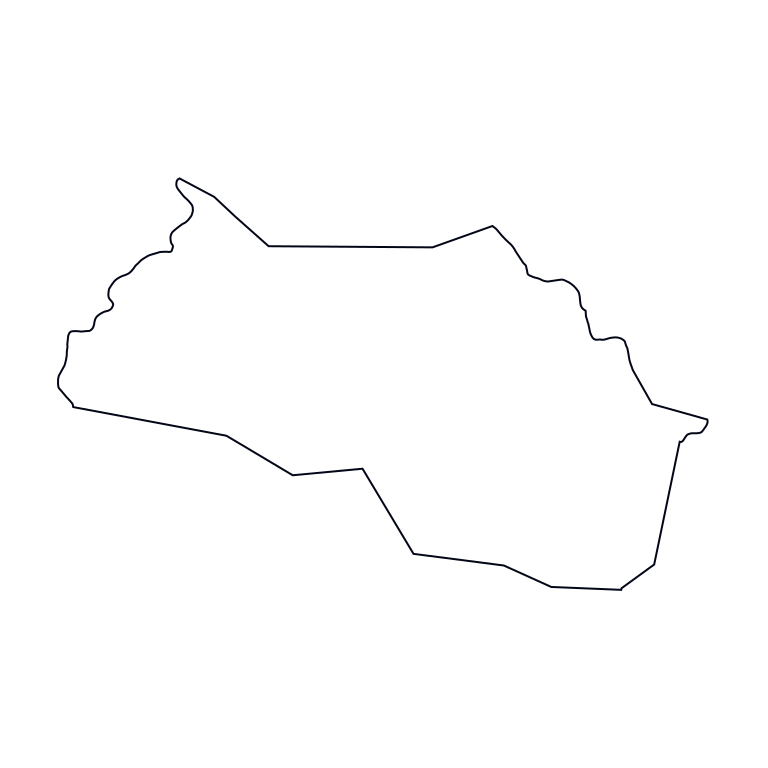 Ilama, Santa Bárbara, Honduras (orthographic projection), rotated 4°
{"feature_id": "27666195B62278865875513", "entity_name": "Ilama", "entity_type": "district", "adm_level": 2, "iso_a3": "HND", "parent_name": "Honduras", "parent_adm1": "Santa Bárbara", "projection": "orthographic", "projection_center": [-88.165, 15.052], "detail": "fine", "context": "isolated", "style": "outline", "palette": "ink", "viewbox_px": 768, "rotation_deg": 4, "n_neighbors": 0, "source": "geoboundaries", "source_scale": "gbopen_adm2", "svg_char_len": 6068}
<svg xmlns="http://www.w3.org/2000/svg" viewBox="0 0 768 768"><g transform="rotate(4 384 384)"><path d="M481.2,218.8L422.9,244.3L259.3,254.6L223.6,227.1L201.6,209.2L165.7,193.2L164.6,194.0L164.2,194.3L163.8,194.7L163.6,195.1L163.4,195.4L163.2,195.8L163.1,196.3L163.0,196.9L162.9,197.7L162.9,198.6L162.9,199.4L163.0,200.1L163.1,200.6L163.3,201.2L163.6,201.9L163.8,202.4L164.3,203.1L164.8,203.8L165.3,204.4L167.7,207.1L170.5,210.1L171.1,210.7L171.9,211.4L172.3,211.8L173.5,212.7L174.2,213.2L175.7,214.5L177.2,215.9L178.1,216.9L178.9,217.7L179.6,218.5L180.0,219.1L180.4,219.7L180.5,220.2L180.8,221.0L181.0,221.9L181.1,222.9L181.2,223.7L181.2,224.6L181.1,225.8L180.8,227.1L180.7,227.6L180.5,228.5L180.3,229.0L180.1,229.4L179.9,230.0L179.5,230.6L179.0,231.4L177.9,233.1L176.9,234.4L175.7,235.7L174.9,236.5L174.5,236.8L174.1,237.1L173.5,237.5L172.6,238.0L172.0,238.3L171.5,238.7L170.7,239.4L168.7,241.1L166.0,243.5L164.7,244.8L163.6,245.9L162.7,246.8L162.4,247.2L162.1,247.7L161.9,248.0L161.6,248.6L161.3,249.3L161.1,250.2L160.9,250.9L160.8,251.5L160.8,252.3L160.8,253.2L160.9,254.2L161.0,254.9L161.2,255.8L161.4,256.8L161.6,257.3L161.8,258.0L162.0,258.4L162.3,258.9L162.6,259.2L163.1,259.7L163.4,260.2L163.6,260.5L163.7,260.9L163.8,261.3L163.9,261.7L163.8,262.1L163.6,263.4L163.1,265.2L162.8,266.1L162.6,266.4L162.5,266.6L162.3,266.7L162.0,266.8L161.6,267.0L161.2,267.1L160.8,267.2L160.3,267.3L159.9,267.3L159.1,267.3L158.3,267.2L157.3,267.3L154.0,267.6L151.8,267.9L151.1,268.1L150.1,268.4L148.7,269.0L147.6,269.4L145.1,270.3L142.5,271.3L141.0,271.9L140.1,272.4L139.4,272.8L137.7,274.0L134.6,276.2L134.1,276.7L133.6,277.0L132.8,277.8L132.2,278.5L130.3,280.7L128.4,282.7L127.9,283.3L127.4,284.0L126.4,285.8L125.8,286.7L125.3,287.4L124.4,288.7L123.4,289.8L122.7,290.5L122.2,291.0L121.6,291.5L121.1,291.8L120.3,292.3L119.7,292.6L119.1,292.9L118.2,293.4L116.9,293.9L116.1,294.2L115.3,294.6L114.5,295.0L113.0,295.9L112.3,296.4L111.5,296.9L110.2,297.9L109.3,298.7L108.9,299.1L108.3,299.7L108.0,300.1L107.5,300.7L106.7,302.1L105.9,303.2L104.5,305.7L103.8,307.0L103.3,308.0L103.1,308.5L103.0,308.9L102.9,310.2L102.8,311.4L102.8,312.4L102.8,314.2L102.9,315.0L103.0,315.5L103.1,316.0L103.3,316.6L103.5,317.0L103.8,317.6L104.2,318.2L104.6,318.7L105.2,319.3L106.2,320.2L106.6,320.7L107.0,321.2L107.4,321.6L107.9,322.4L108.1,322.8L108.2,323.2L108.3,323.6L108.2,324.1L108.1,324.8L107.9,325.4L107.6,326.1L107.4,326.6L107.1,327.2L106.8,327.7L106.3,328.3L105.8,328.8L105.1,329.3L104.3,329.8L103.6,330.2L102.9,330.4L102.4,330.6L101.2,331.0L100.2,331.3L98.9,332.0L97.1,333.1L96.0,333.9L94.6,335.0L93.7,335.9L92.9,336.7L92.3,337.6L91.9,338.3L91.6,339.0L91.3,339.9L91.1,340.8L91.0,341.5L90.8,342.6L90.7,344.1L90.6,345.2L90.4,345.8L90.1,347.1L89.9,347.8L89.7,348.3L89.5,348.6L89.2,349.1L88.9,349.5L88.5,350.0L88.2,350.3L87.7,350.7L87.3,351.0L86.7,351.4L86.3,351.6L85.9,351.7L83.2,352.0L80.3,352.5L79.1,352.7L77.9,352.8L75.4,352.7L73.7,352.7L71.3,352.9L69.6,353.1L68.8,353.3L68.3,353.5L67.9,353.7L67.7,353.9L67.4,354.1L66.9,354.7L66.5,355.3L66.1,356.4L65.7,357.5L65.7,357.8L65.6,358.2L65.5,361.4L65.3,366.0L65.3,366.8L65.6,368.1L65.6,369.2L65.6,370.6L65.4,372.5L65.4,373.7L65.4,374.8L65.5,376.9L65.5,378.0L65.4,379.2L65.2,381.1L65.1,382.3L64.7,384.5L64.5,385.4L64.2,387.1L63.9,388.0L63.5,388.9L59.2,398.1L59.1,398.5L58.9,399.0L58.9,399.5L58.8,400.2L58.6,401.4L58.6,402.6L58.6,403.7L58.7,404.9L58.8,406.4L59.1,408.2L59.4,409.4L59.6,410.2L59.7,410.4L59.9,410.7L60.3,411.1L62.6,413.4L68.4,419.4L69.3,420.2L72.3,423.0L73.3,424.1L74.0,424.8L74.3,425.1L74.6,425.5L74.8,426.0L75.0,426.4L75.2,426.9L75.3,427.4L75.6,428.7L230.4,446.6L299.3,481.4L368.5,470.0L425.3,551.4L516.2,556.7L565.0,574.8L635.0,572.8L635.2,571.2L662.2,548.5L666.1,545.3L683.0,421.0L683.3,421.1L683.8,421.1L684.1,421.1L684.4,421.1L684.6,421.0L685.1,420.7L685.5,420.5L685.8,420.2L686.2,419.8L686.8,418.7L687.2,418.0L688.3,416.0L688.9,415.1L689.3,414.4L689.7,413.9L690.2,413.4L690.8,413.0L691.4,412.7L692.1,412.4L692.6,412.2L693.5,411.9L694.4,411.7L695.5,411.6L697.3,411.5L698.8,411.4L700.1,411.2L701.4,411.0L702.0,410.8L702.9,410.5L703.5,410.2L704.1,409.8L704.6,409.2L705.0,408.6L705.6,407.8L706.6,406.1L707.6,404.5L708.1,403.7L708.5,402.9L708.8,402.1L709.1,401.2L709.2,400.8L709.4,400.1L709.4,399.5L709.4,398.9L709.3,398.2L709.2,397.5L709.0,396.9L652.8,385.3L631.2,352.7L629.9,349.6L628.5,346.5L627.3,343.3L626.4,339.9L625.5,335.9L625.0,334.1L624.3,331.5L622.7,328.5L621.9,326.5L621.4,325.0L620.9,324.4L620.2,323.7L619.2,323.1L617.8,322.3L616.2,321.8L613.5,321.3L610.9,321.4L609.1,321.7L606.0,322.4L603.1,323.5L600.6,324.4L598.0,324.7L596.2,324.5L595.3,324.7L593.4,325.0L591.9,325.0L591.0,324.7L590.1,324.4L588.5,322.8L587.3,320.8L586.2,318.7L585.3,315.6L584.3,312.1L583.6,309.6L582.8,308.0L582.4,306.6L581.9,305.3L581.5,304.2L580.8,302.7L580.0,296.8L579.0,296.3L578.5,296.0L577.7,295.6L577.1,295.0L576.5,294.5L576.0,293.9L575.5,293.2L575.1,292.4L574.8,291.8L574.6,291.1L574.1,289.0L573.4,284.9L573.2,283.5L572.7,281.4L572.5,280.8L572.3,280.3L572.1,279.6L571.8,279.0L571.6,278.6L571.2,278.0L570.6,277.3L570.0,276.5L569.0,275.4L568.1,274.5L567.4,273.9L566.7,273.2L565.5,272.3L564.8,271.8L563.8,271.1L562.3,270.3L561.5,269.8L560.6,269.4L559.7,269.1L558.1,268.4L557.3,268.1L556.5,267.8L555.3,267.5L554.9,267.5L554.4,267.5L553.7,267.5L552.7,267.7L551.0,268.0L541.1,270.2L540.4,270.3L539.9,270.3L539.5,270.3L538.9,270.3L538.0,270.2L537.1,270.1L535.8,269.8L535.1,269.6L534.5,269.4L533.8,269.1L532.5,268.5L532.0,268.4L531.1,268.1L529.5,267.7L526.6,267.2L524.9,266.7L523.4,266.2L521.9,265.7L521.1,265.3L520.4,264.9L520.1,264.6L519.8,264.4L519.7,264.2L519.5,263.8L519.3,263.1L518.7,260.7L518.3,259.3L517.5,256.7L517.3,256.2L517.1,255.8L516.8,255.5L516.6,255.2L515.6,254.5L514.9,253.9L514.5,253.5L514.0,252.9L506.6,243.2L505.8,242.1L504.8,240.5L504.2,239.7L503.2,238.4L502.1,237.2L500.9,236.0L499.9,235.2L498.2,233.9L495.7,231.8L493.3,229.7L492.1,228.6L490.9,227.5L489.5,226.0L488.2,224.7L486.3,222.7L485.4,221.8L484.9,221.4L484.4,221.0L483.9,220.6L482.4,219.7L481.7,219.2L481.2,218.8Z" fill="none" stroke="#020617" stroke-width="2"/></g></svg>